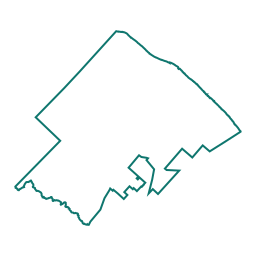 Magdalena, Buenos Aires, Argentina
{"feature_id": "61730980B51096129050346", "entity_name": "Magdalena", "entity_type": "district", "adm_level": 2, "iso_a3": "ARG", "parent_name": "Argentina", "parent_adm1": "Buenos Aires", "projection": "mercator", "projection_center": [-57.557, -35.188], "detail": "fine", "context": "isolated", "style": "outline", "palette": "teal", "viewbox_px": 256, "rotation_deg": 0, "n_neighbors": 0, "source": "geoboundaries", "source_scale": "gbopen_adm2", "svg_char_len": 5441}
<svg xmlns="http://www.w3.org/2000/svg" viewBox="0 0 256 256"><path d="M240.6,131.7L240.6,131.3L239.5,130.2L238.1,128.0L237.4,127.2L237.0,126.6L236.0,125.6L235.8,125.2L234.9,124.7L234.8,124.4L234.7,124.4L234.5,124.2L234.5,123.9L234.3,123.8L234.1,123.2L233.8,122.9L233.6,122.2L232.6,121.1L232.5,120.8L232.2,120.7L231.7,119.8L231.3,119.5L231.2,119.2L230.3,118.4L229.5,116.9L229.3,116.8L229.2,116.6L228.9,116.5L228.9,116.3L228.7,116.2L228.3,115.9L228.3,115.7L227.9,115.3L227.3,115.0L227.1,114.8L226.9,114.4L226.5,114.1L226.0,113.2L225.1,112.2L223.8,110.9L222.1,109.5L221.8,109.4L221.8,109.2L221.5,109.0L221.3,108.7L221.2,108.7L221.0,108.3L220.6,108.0L220.6,107.9L220.2,107.4L219.6,107.1L219.4,106.7L219.2,106.6L218.9,106.2L218.0,105.2L217.4,104.8L216.8,104.0L216.7,104.0L216.5,103.8L216.3,103.7L215.5,102.9L215.4,102.8L214.9,102.4L214.7,102.0L214.1,101.6L214.1,101.3L213.9,101.4L213.4,100.7L213.1,100.6L213.0,100.3L212.7,99.8L211.8,99.1L211.7,98.9L211.1,98.5L211.1,98.4L210.6,98.0L210.2,98.1L210.1,97.8L209.9,97.8L209.9,97.6L209.6,97.5L209.6,97.4L209.3,97.2L209.1,96.9L208.9,96.9L208.6,96.5L208.3,96.3L208.3,96.2L208.0,96.1L208.0,95.9L207.9,95.9L207.8,95.7L207.4,95.6L207.3,95.4L207.2,95.2L206.9,94.8L206.4,94.5L206.5,94.4L206.2,94.4L205.9,93.9L205.2,93.2L204.9,92.9L204.7,92.6L204.5,92.1L204.1,91.8L204.0,91.6L203.8,91.4L203.7,91.5L203.6,91.3L202.5,90.4L202.2,90.0L201.8,89.5L201.5,89.3L201.4,89.1L200.7,88.3L200.4,88.0L200.1,87.8L200.1,87.7L199.5,87.2L199.3,86.8L198.7,86.3L198.7,86.2L198.3,85.7L198.3,85.8L197.4,84.8L196.6,84.2L196.2,83.7L195.9,83.6L195.7,83.3L195.2,82.9L194.6,82.2L194.1,82.0L194.1,81.8L194.0,81.7L193.4,81.3L193.1,81.0L192.9,81.0L192.8,80.8L192.3,80.4L192.0,80.1L191.6,79.8L191.4,79.8L191.1,79.4L190.0,78.8L188.4,77.6L187.3,76.3L186.8,75.9L185.8,75.1L185.7,74.9L185.0,74.1L184.8,74.0L184.8,73.8L184.4,73.5L184.4,73.4L184.1,73.3L184.0,73.1L183.7,73.0L183.7,72.8L183.0,72.1L182.6,71.9L182.6,71.7L181.7,70.6L181.4,70.5L180.8,69.7L180.4,69.5L179.9,68.8L179.3,68.7L178.7,69.0L178.4,68.7L178.4,68.4L178.1,68.1L178.3,67.7L178.2,67.3L178.0,66.9L177.7,66.7L175.9,65.7L175.4,65.4L174.9,64.9L174.4,64.7L173.7,64.1L173.0,63.8L172.5,63.5L172.0,63.3L171.0,62.8L169.3,62.3L169.0,62.4L169.1,62.7L168.6,62.4L167.8,62.2L166.7,61.5L164.5,60.9L161.7,59.8L161.2,59.7L161.1,59.8L160.8,59.6L159.5,59.1L156.2,57.5L155.9,57.5L155.7,57.3L154.6,56.9L153.0,55.9L152.5,55.5L151.5,55.0L151.2,54.7L150.4,54.1L150.2,54.1L149.8,53.7L149.4,53.6L149.2,53.1L149.1,52.9L148.4,52.5L147.5,51.6L147.2,51.4L147.0,51.1L146.7,50.9L146.6,50.7L146.2,50.5L145.3,49.3L144.8,49.0L144.5,48.6L143.4,47.6L142.1,46.3L141.0,45.5L140.7,45.3L138.8,43.6L138.0,43.1L137.0,42.0L136.6,41.7L136.2,41.3L135.6,40.9L134.9,40.3L133.4,39.3L132.9,38.9L130.8,37.3L130.7,37.4L130.5,37.1L129.9,36.7L128.9,35.6L128.5,35.4L128.0,34.7L127.6,34.3L127.3,33.9L126.5,33.3L124.6,32.4L123.6,32.1L123.2,32.2L122.7,31.9L122.5,32.0L121.9,31.8L121.5,32.0L121.0,32.0L120.4,31.8L118.8,31.6L118.5,31.7L118.2,31.5L117.9,31.6L116.2,31.2L79.6,71.6L64.3,88.0L35.7,117.3L60.2,140.8L15.4,186.5L15.7,187.0L15.5,187.5L15.6,187.9L16.4,188.1L16.9,188.5L17.1,188.6L17.3,188.9L17.4,189.4L18.1,190.1L18.5,190.2L18.9,190.2L19.1,189.9L19.2,189.5L19.4,189.2L20.1,189.1L22.5,187.5L23.6,187.3L24.1,187.1L24.0,186.8L23.7,186.6L23.7,186.3L24.2,185.5L24.6,184.4L26.0,182.4L26.4,182.1L27.2,182.0L28.1,182.1L28.7,182.0L29.2,181.5L30.4,180.9L30.6,180.6L31.1,180.6L31.2,180.9L31.1,181.1L31.1,181.5L32.0,182.2L32.3,183.2L33.3,184.3L33.4,185.4L33.2,186.2L32.8,186.8L32.9,187.1L33.3,187.4L34.8,187.9L35.0,188.1L35.1,189.1L35.9,190.0L36.2,190.6L36.5,190.9L37.0,191.0L37.7,190.8L39.0,191.3L41.0,192.6L41.6,193.8L41.6,195.4L41.9,196.0L42.4,196.5L42.6,197.4L43.0,197.4L43.3,196.8L43.8,196.9L43.9,197.1L43.7,197.6L43.9,197.8L44.2,198.0L45.0,198.0L45.5,198.5L46.2,198.9L46.8,198.5L47.6,198.6L48.8,198.0L49.9,197.8L50.4,197.6L51.0,197.0L51.4,197.0L51.7,197.2L51.9,198.1L52.7,199.1L52.6,200.4L52.8,200.9L53.2,201.0L54.6,200.1L55.2,200.5L56.5,200.2L56.9,200.2L57.3,200.5L58.3,200.5L58.7,200.7L59.9,201.5L60.8,202.0L61.1,202.8L61.1,203.1L61.2,203.5L60.8,203.9L60.7,204.3L60.7,204.5L60.9,204.7L61.4,204.1L61.9,204.2L62.5,204.0L62.8,203.6L63.4,203.3L63.7,202.8L63.9,202.6L64.6,202.3L65.4,202.4L65.8,202.9L65.7,203.7L65.9,204.9L65.8,205.3L65.3,206.2L65.4,206.5L65.6,206.8L66.3,207.1L67.4,206.9L67.8,207.0L68.3,207.5L68.7,207.7L69.0,208.2L68.8,208.6L69.4,208.8L69.6,208.9L69.5,209.6L69.6,209.9L70.1,210.5L70.8,210.9L71.1,211.8L71.6,212.4L72.1,212.5L72.8,212.5L73.2,212.6L73.9,213.2L74.5,213.2L75.7,212.9L76.3,213.3L77.0,213.3L77.6,213.5L77.9,213.8L77.8,214.3L78.2,215.0L78.0,215.3L78.6,215.7L78.4,216.4L78.4,217.1L79.1,217.8L79.1,218.2L79.2,218.6L80.0,219.8L80.4,220.1L81.0,220.7L81.7,220.9L81.6,221.3L82.2,221.7L82.5,222.1L82.7,223.2L82.9,223.4L83.6,223.8L84.0,223.7L84.1,223.9L84.5,223.8L85.0,224.2L85.2,224.3L86.6,224.7L87.0,224.6L87.3,224.2L87.9,224.8L88.8,224.8L90.4,221.6L100.4,209.6L104.5,198.2L109.4,190.2L110.2,188.5L112.7,190.7L113.4,189.8L117.7,193.4L123.8,199.0L127.4,195.0L124.3,192.1L129.5,186.3L132.8,189.2L133.7,188.1L136.9,191.1L141.3,186.4L141.8,186.8L143.7,184.8L143.5,184.6L145.3,182.7L139.5,177.5L137.8,179.4L136.7,178.4L138.4,176.5L128.6,167.7L139.0,155.3L141.4,157.0L146.5,157.8L148.0,158.3L146.5,160.1L154.1,169.3L152.2,179.5L148.7,193.4L152.8,189.1L158.0,194.0L179.2,170.6L166.6,170.0L164.9,168.6L182.1,148.7L192.3,157.5L202.7,145.4L209.7,151.4L226.0,141.1L240.6,131.7Z" fill="none" stroke="#0f766e" stroke-width="2"/></svg>